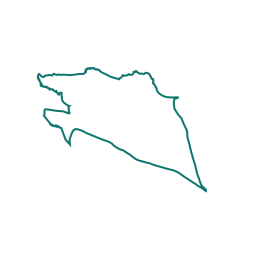 the district of Pakkading, Bolikhamxai, Laos, rotated 321°
{"feature_id": "54806243B78730192124512", "entity_name": "Pakkading", "entity_type": "district", "adm_level": 2, "iso_a3": "LAO", "parent_name": "Laos", "parent_adm1": "Bolikhamxai", "projection": "equal_earth", "projection_center": [104.112, 18.224], "detail": "fine", "context": "isolated", "style": "outline", "palette": "teal", "viewbox_px": 256, "rotation_deg": 321, "n_neighbors": 0, "source": "geoboundaries", "source_scale": "gbopen_adm2", "svg_char_len": 5309}
<svg xmlns="http://www.w3.org/2000/svg" viewBox="0 0 256 256"><g transform="rotate(321 128 128)"><path d="M70.4,65.4L70.3,75.3L70.6,75.9L70.3,76.2L70.0,76.3L70.1,76.5L70.0,76.8L70.3,77.0L70.5,77.2L70.5,77.4L70.5,77.6L71.2,78.1L71.3,78.3L71.0,78.5L71.3,78.7L71.3,79.0L71.1,79.3L71.2,79.6L71.6,79.8L71.9,80.2L72.4,80.3L72.7,80.9L72.8,80.6L73.2,80.6L73.2,80.8L73.0,81.0L73.3,80.7L73.6,81.0L73.9,81.0L74.0,81.4L73.7,81.8L73.7,82.2L73.9,82.3L73.9,82.6L74.0,82.7L74.6,82.6L74.7,82.8L74.9,82.9L74.8,83.2L75.1,83.3L75.1,83.6L75.2,83.9L75.1,84.0L75.2,84.4L75.1,84.7L75.2,84.9L75.5,85.1L75.6,84.9L75.8,85.5L76.1,86.2L72.2,97.5L72.5,104.3L74.6,101.1L76.0,99.8L76.9,99.2L80.6,96.9L82.5,96.0L83.9,95.6L84.7,95.5L85.6,95.6L86.4,95.8L87.0,96.2L87.8,97.0L90.5,101.0L92.1,104.7L93.0,106.7L94.6,109.4L95.4,111.1L97.0,113.9L97.9,115.7L98.9,117.4L100.0,119.5L104.0,126.0L105.0,128.0L105.7,130.1L105.9,132.6L106.7,135.5L108.2,139.3L108.9,140.6L109.8,141.5L110.0,141.9L112.5,149.4L112.9,151.0L114.4,157.0L116.0,160.1L117.6,162.2L120.0,165.7L122.9,169.4L123.9,171.4L125.4,173.8L132.1,183.4L136.6,189.4L138.2,192.5L139.1,194.4L141.6,203.1L144.4,211.7L145.3,214.1L145.7,216.2L146.1,217.5L146.9,219.0L147.8,221.9L148.1,223.3L148.9,226.0L149.6,225.3L149.7,225.1L149.7,224.6L149.5,223.7L149.6,223.4L149.4,222.6L149.4,222.2L149.2,221.1L149.0,219.3L149.1,218.7L149.9,215.6L150.3,214.4L151.6,211.3L153.0,206.9L156.7,199.4L157.3,198.0L158.0,195.9L159.4,192.8L159.8,191.6L160.1,190.6L160.8,189.8L161.2,188.3L164.3,181.5L164.7,181.1L168.2,173.0L168.6,172.2L170.0,170.4L171.3,168.5L171.5,167.9L171.9,167.6L172.5,165.8L173.2,162.4L173.6,161.2L174.1,159.1L174.6,157.8L175.0,156.0L175.5,154.4L175.7,153.7L175.6,152.7L175.4,148.9L176.1,143.4L176.3,142.4L176.7,141.4L177.3,140.5L177.7,140.0L178.9,138.0L179.5,137.1L180.3,136.3L181.5,135.3L182.4,134.7L183.3,134.3L183.5,134.5L183.5,135.0L184.0,135.3L184.8,135.6L185.4,135.9L185.7,135.9L185.9,135.7L186.0,135.5L181.7,132.2L178.2,129.1L175.8,125.9L174.6,123.1L174.1,121.3L173.8,119.6L174.1,117.2L174.7,115.8L174.8,115.4L175.6,114.1L175.6,113.9L175.3,113.4L175.3,113.0L176.0,110.9L176.0,110.4L175.6,109.9L175.7,109.5L175.6,109.1L175.6,108.8L176.1,108.3L176.4,108.3L177.0,108.1L177.2,107.8L177.3,107.3L177.6,106.9L177.6,106.4L177.7,106.2L178.0,106.2L178.3,105.8L178.3,105.6L177.9,105.3L177.4,104.4L177.5,103.6L178.0,102.8L178.1,102.4L178.2,101.0L178.5,99.7L178.5,99.1L178.4,98.8L177.1,96.8L176.8,96.4L176.3,96.2L175.4,96.3L174.4,96.1L173.0,94.4L172.3,93.8L171.5,93.4L171.0,92.6L170.8,92.1L170.6,91.3L170.2,90.4L170.3,89.2L170.0,88.7L169.3,88.9L168.9,89.0L168.7,88.8L168.5,88.5L168.0,88.1L167.7,87.9L167.2,88.5L165.8,89.2L165.4,89.3L164.0,88.8L163.3,88.1L162.9,87.2L162.4,86.7L162.2,86.6L161.7,86.8L160.8,86.7L160.3,86.2L159.1,85.8L157.8,84.9L157.8,84.5L157.2,83.7L156.0,84.1L155.6,84.1L154.9,84.4L154.3,84.5L153.5,84.2L152.9,84.2L151.9,84.6L147.7,78.8L146.4,76.6L145.0,73.2L143.7,70.5L142.9,68.8L142.4,68.0L142.4,67.4L141.9,66.2L142.1,65.7L142.0,65.3L142.2,65.2L142.0,64.7L141.9,64.5L141.5,63.9L141.0,63.4L141.0,63.1L140.9,62.9L140.7,62.7L140.6,62.8L140.3,62.8L139.8,62.4L139.5,62.0L139.4,61.7L139.5,61.3L139.3,61.0L139.3,60.2L139.0,60.2L138.4,59.9L138.3,59.4L138.0,58.8L137.9,58.7L137.6,58.5L137.2,58.7L136.4,57.9L136.2,58.1L135.8,58.2L135.5,57.5L135.5,57.2L135.4,57.1L135.1,57.1L135.1,57.3L134.9,57.3L134.7,56.9L134.7,56.7L134.5,56.4L133.6,56.3L133.3,56.0L133.1,56.0L132.6,56.3L132.8,56.6L132.6,56.7L132.0,56.2L131.8,56.2L131.6,56.6L131.3,56.5L131.0,57.5L130.7,57.9L130.3,57.6L130.0,57.5L129.8,57.8L129.6,57.7L129.5,57.8L128.5,58.1L127.7,58.0L127.2,57.8L126.4,57.1L123.6,55.0L120.0,52.9L117.9,51.5L116.3,50.6L114.1,48.4L112.4,46.9L111.2,45.8L109.2,44.4L107.6,42.6L107.1,42.4L106.3,42.2L105.1,40.5L104.6,39.4L104.3,39.1L103.5,39.2L102.3,39.6L101.2,38.5L100.8,38.0L99.8,37.0L98.8,36.6L96.9,35.4L96.5,35.2L95.6,35.2L94.6,35.3L94.3,35.2L93.9,34.7L93.4,33.7L93.2,32.8L93.0,30.1L92.5,30.0L92.2,30.4L91.6,30.4L90.8,30.7L90.6,31.2L90.2,31.7L90.2,32.1L90.1,32.5L89.9,32.7L89.6,32.6L89.4,32.7L89.5,33.0L89.2,33.1L89.2,33.7L89.4,34.3L88.9,34.3L88.8,34.7L89.0,35.9L88.8,36.5L88.7,36.8L88.5,37.2L88.6,37.5L88.7,38.0L88.4,38.1L88.4,38.3L88.5,38.7L88.6,38.9L88.6,39.0L88.5,39.4L88.2,39.4L87.9,39.7L87.6,39.8L87.2,39.7L87.2,40.1L86.9,40.5L87.0,40.6L87.3,40.7L87.8,41.0L87.7,41.5L87.7,41.9L88.1,42.3L88.5,42.3L88.7,43.2L89.1,43.8L89.9,43.9L89.8,44.3L90.2,44.5L90.4,44.7L90.4,45.5L90.8,45.6L90.9,45.4L91.0,45.5L91.0,46.4L91.0,47.0L91.0,47.3L91.2,47.7L91.3,47.8L91.9,47.8L92.0,47.9L91.9,48.3L91.5,48.6L91.4,48.9L91.7,49.0L91.9,48.7L92.2,48.9L93.0,49.8L93.4,50.5L93.9,50.7L93.9,51.0L93.6,51.4L93.6,51.5L93.7,51.8L93.8,52.2L94.1,52.8L94.2,53.5L94.8,53.8L95.5,53.9L95.6,54.0L95.6,54.5L95.4,54.8L95.1,54.7L94.8,54.9L94.8,55.1L95.0,55.4L95.1,56.3L95.1,56.9L95.0,57.3L95.0,58.0L95.1,58.3L95.5,58.7L96.0,58.4L96.1,57.9L96.3,57.7L96.5,57.7L96.8,57.9L97.3,58.1L97.6,57.9L97.9,58.1L98.4,59.0L98.4,59.4L97.4,60.2L97.0,60.7L96.4,61.7L94.7,64.4L94.3,65.2L94.1,66.2L94.2,67.9L94.8,70.8L95.7,73.1L95.7,73.6L96.1,74.0L95.5,74.0L94.8,74.2L94.5,74.8L94.4,75.2L94.4,75.5L93.9,76.2L93.0,77.0L92.5,77.9L92.3,79.2L91.8,79.6L91.4,79.6L90.7,78.7L88.4,74.7L87.8,73.9L85.9,72.3L85.0,71.3L83.1,69.5L78.0,63.9L75.5,61.4L74.6,61.6L74.1,61.9L73.4,62.6L72.9,63.3L71.7,64.8L71.0,65.3L70.4,65.4Z" fill="none" stroke="#0f766e" stroke-width="2"/></g></svg>